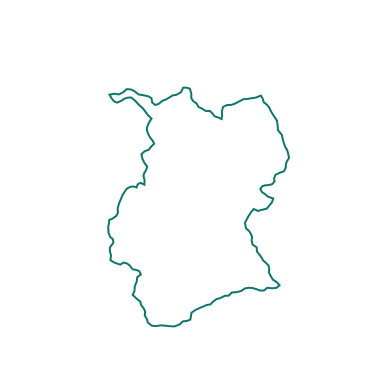 outline of Miradouro, Minas Gerais, Brazil, rotated 234°
{"feature_id": "56859067B1408644769677", "entity_name": "Miradouro", "entity_type": "district", "adm_level": 2, "iso_a3": "BRA", "parent_name": "Brazil", "parent_adm1": "Minas Gerais", "projection": "mercator", "projection_center": [-42.39, -20.852], "detail": "fine", "context": "isolated", "style": "outline", "palette": "teal", "viewbox_px": 384, "rotation_deg": 234, "n_neighbors": 0, "source": "geoboundaries", "source_scale": "gbopen_adm2", "svg_char_len": 2792}
<svg xmlns="http://www.w3.org/2000/svg" viewBox="0 0 384 384"><g transform="rotate(234 192 192)"><path d="M97.5,94.0L93.6,98.7L92.1,104.1L92.7,108.6L90.8,111.9L89.7,115.6L92.5,118.5L94.6,120.6L94.6,125.3L93.9,128.8L92.9,133.0L92.0,137.4L90.2,140.9L90.9,144.2L91.0,148.6L89.5,152.7L88.7,157.6L86.5,160.9L87.3,165.1L84.6,169.5L83.0,173.7L82.9,178.1L81.0,181.8L78.9,184.4L75.7,186.9L72.3,189.1L70.0,192.3L70.3,196.5L67.1,200.1L64.8,204.0L65.1,208.0L69.2,207.6L73.6,205.9L77.8,206.3L81.8,207.0L84.4,209.3L87.6,210.7L91.8,210.1L94.7,209.3L97.6,209.7L101.2,209.8L105.5,209.5L109.3,211.8L113.9,210.1L117.9,211.8L120.3,214.3L123.3,214.9L126.5,215.3L130.8,214.3L136.0,216.8L137.8,220.6L139.4,223.7L140.9,227.8L142.0,231.9L137.9,234.3L136.7,237.6L134.6,242.5L135.7,247.1L136.7,250.6L139.0,253.9L143.6,250.7L147.5,249.8L150.5,248.6L154.3,249.0L155.3,252.0L154.5,255.0L152.8,257.6L151.2,261.3L152.0,265.0L154.9,266.5L156.8,269.7L156.0,274.4L154.7,278.5L156.7,282.3L159.7,284.6L161.4,287.6L162.5,290.5L166.3,292.3L169.9,293.6L173.8,293.9L177.6,295.1L181.3,296.4L185.1,298.2L188.1,298.1L191.4,297.9L195.3,300.3L199.9,302.7L205.2,302.9L210.9,303.3L214.4,304.0L218.3,304.0L222.4,302.8L225.7,304.0L229.5,304.4L230.9,298.9L232.8,295.4L234.5,292.0L236.9,287.9L237.7,282.4L238.3,278.2L239.6,274.6L241.8,271.4L242.6,267.1L239.6,263.5L236.2,261.3L233.6,258.8L236.3,257.4L239.9,254.8L243.8,254.7L247.0,254.1L249.5,250.8L253.1,249.3L256.9,247.3L261.0,247.7L264.8,246.4L268.4,246.6L271.7,249.1L276.8,251.0L279.5,249.1L281.6,246.1L279.2,241.8L279.8,236.6L281.5,233.1L281.8,229.7L282.0,226.0L283.2,221.2L282.9,216.7L284.0,213.4L287.7,212.4L291.9,214.4L295.6,212.5L299.1,209.3L302.1,206.3L305.0,205.4L307.8,204.6L311.0,202.7L313.6,199.6L313.2,195.1L313.8,190.4L317.2,186.9L319.2,182.5L315.0,182.0L310.9,182.3L308.3,184.0L307.4,188.1L307.2,192.3L306.1,195.5L304.1,198.4L299.0,199.7L293.7,200.3L288.8,201.4L284.3,201.5L279.5,201.6L275.2,202.4L273.3,197.7L271.3,194.4L269.0,192.1L265.5,190.8L261.0,190.1L256.8,190.3L253.3,189.8L252.7,185.7L251.6,182.0L252.8,177.6L252.3,173.3L248.0,171.4L243.2,170.6L239.0,170.7L236.7,167.8L235.5,164.7L233.6,162.2L229.5,160.6L225.9,157.8L229.7,155.7L230.1,152.5L228.2,149.8L230.9,147.9L232.4,145.3L233.0,141.0L230.6,134.4L228.2,130.5L225.6,126.2L222.3,122.1L218.8,120.0L217.2,116.6L217.2,112.3L218.0,108.6L215.5,106.4L212.8,103.5L208.4,100.7L204.0,99.4L200.4,100.2L197.2,98.7L195.4,93.0L192.1,90.6L188.2,89.2L184.8,85.9L181.1,87.4L178.3,89.2L175.4,91.3L175.2,95.0L172.6,97.3L169.3,98.4L164.4,98.5L161.9,100.9L159.1,102.8L155.3,102.2L155.3,97.7L152.0,94.6L149.4,90.3L145.8,87.3L143.6,83.5L138.7,84.4L133.8,85.7L130.3,84.4L126.2,84.5L122.7,83.8L119.8,81.1L116.6,81.0L112.4,79.6L107.6,80.8L104.7,84.0L102.6,88.1L100.7,90.5L97.5,94.0Z" fill="none" stroke="#0f766e" stroke-width="2"/></g></svg>